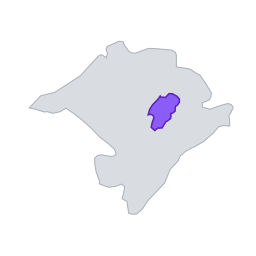 where Šavnik sits in Montenegro, rotated 99°
{"feature_id": "MNE-1519", "entity_name": "Šavnik", "entity_type": "Municipality", "adm_level": 1, "iso_a3": "MNE", "parent_name": "Montenegro", "parent_adm1": "", "projection": "mercator", "projection_center": [19.144, 42.978], "detail": "fine", "context": "in_parent", "style": "filled", "palette": "violet", "viewbox_px": 256, "rotation_deg": 99, "n_neighbors": 0, "source": "natural_earth", "source_scale": "10m", "svg_char_len": 1669}
<svg xmlns="http://www.w3.org/2000/svg" viewBox="0 0 256 256"><g transform="rotate(99 128 128)"><path d="M110.5,28.4L110.3,29.9L110.7,34.3L112.7,38.6L119.7,43.0L130.0,51.6L142.1,67.5L147.7,72.2L152.7,73.3L162.4,79.9L169.2,81.5L176.8,83.3L196.6,97.0L205.5,101.0L211.8,106.1L212.5,111.0L212.2,114.0L200.8,117.5L198.8,122.8L193.2,122.2L186.6,122.1L184.4,125.5L187.6,131.1L189.6,137.6L188.0,146.5L187.4,147.7L185.8,147.4L176.4,152.6L169.4,155.0L163.0,156.2L160.0,153.8L158.6,150.4L158.8,140.6L157.7,137.2L155.5,135.6L151.2,138.0L146.2,145.5L141.5,154.4L134.5,163.5L128.7,172.3L122.4,183.4L118.2,192.5L122.6,197.7L125.3,204.9L124.5,210.2L125.3,213.4L123.9,222.8L123.6,228.7L109.8,219.2L104.2,205.9L84.0,183.4L60.9,168.0L59.7,165.6L60.9,162.6L62.0,160.3L57.2,160.1L53.9,162.0L50.7,161.4L47.1,155.7L43.7,150.6L43.5,146.2L45.1,145.6L47.4,143.9L52.2,139.0L53.2,136.4L53.0,132.5L46.1,120.1L45.2,112.0L44.2,97.0L45.6,93.4L48.1,91.7L60.1,89.8L59.9,78.1L60.6,74.6L63.0,69.7L64.5,65.2L71.2,58.8L80.2,51.2L84.1,51.0L87.6,52.0L91.5,58.6L95.7,57.8L96.6,49.9L91.0,39.5L88.1,32.9L89.0,29.2L91.1,27.3L95.8,28.5L100.4,30.3L103.3,29.1L107.9,28.2L110.5,28.4Z" fill="#d9dde1" stroke="#a8b0b8" stroke-width="1"/><path d="M95.5,81.8L97.8,82.9L99.2,84.5L101.1,84.5L104.0,84.1L106.1,86.1L107.3,88.2L109.3,87.4L112.0,87.4L114.5,89.8L115.7,91.4L117.3,92.2L122.7,94.4L122.6,94.7L123.6,98.8L126.3,101.1L125.1,103.1L123.7,105.2L119.2,105.0L113.5,104.0L112.0,105.0L111.0,106.8L111.2,108.7L111.8,110.2L106.2,109.5L101.3,107.4L98.4,105.3L94.4,102.6L91.4,101.2L92.3,100.6L91.9,95.7L87.7,92.9L87.2,89.5L89.0,84.6L91.3,81.8L94.6,81.3L95.5,81.8Z" fill="#8b5cf6" stroke="#5b21b6" stroke-width="1.5"/></g></svg>